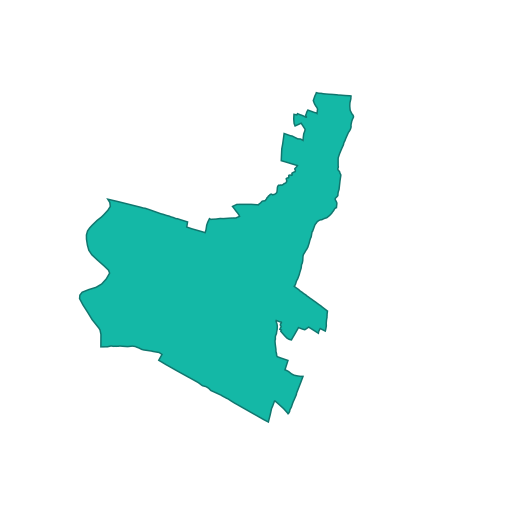 outline of Almaj, Dolj, Romania, rotated 49°
{"feature_id": "2599482B54924202091715", "entity_name": "Almaj", "entity_type": "district", "adm_level": 2, "iso_a3": "ROU", "parent_name": "Romania", "parent_adm1": "Dolj", "projection": "natural_earth1", "projection_center": [23.708, 44.445], "detail": "fine", "context": "isolated", "style": "filled", "palette": "teal", "viewbox_px": 512, "rotation_deg": 49, "n_neighbors": 0, "source": "geoboundaries", "source_scale": "gbopen_adm2", "svg_char_len": 6126}
<svg xmlns="http://www.w3.org/2000/svg" viewBox="0 0 512 512"><g transform="rotate(49 256 256)"><path d="M396.1,335.3L396.1,334.6L395.6,333.1L395.3,332.5L394.3,331.3L393.2,328.4L391.3,325.2L390.3,323.3L389.5,321.5L387.1,316.5L386.2,315.5L380.9,305.4L377.7,299.5L375.9,301.5L373.8,303.3L370.9,305.5L368.0,306.6L364.6,307.2L362.0,308.2L360.9,308.8L355.8,300.4L348.7,304.5L345.9,306.0L344.7,305.7L343.9,305.1L343.2,304.6L341.0,303.5L339.5,302.2L334.7,299.0L332.7,297.5L331.8,296.5L331.5,295.9L330.3,295.0L329.3,294.0L328.5,292.6L328.1,291.6L326.8,290.2L325.1,288.0L323.9,286.9L322.9,285.9L320.9,284.7L320.2,284.5L319.3,284.0L318.3,283.6L317.9,283.0L321.0,281.4L322.5,280.3L322.8,280.4L323.1,280.6L323.2,281.4L323.6,282.4L324.1,282.9L325.5,283.2L325.9,283.5L326.5,285.0L327.0,286.1L328.5,285.4L329.1,286.7L335.0,286.7L338.3,286.5L340.6,285.7L341.7,285.0L342.6,284.3L342.2,283.4L340.6,278.6L338.3,272.0L337.9,270.9L341.6,268.9L343.6,267.6L343.8,266.9L344.2,262.9L355.2,259.6L354.7,259.0L354.0,258.0L353.5,256.9L352.9,255.1L358.1,253.0L357.6,252.2L355.8,249.9L354.9,248.8L352.7,247.0L350.4,244.6L348.8,242.6L348.3,242.2L347.2,241.1L346.5,240.5L345.2,239.0L344.7,238.6L344.5,238.2L337.5,239.6L336.0,239.8L334.0,240.4L330.1,241.2L326.9,242.0L325.5,242.3L323.3,242.9L320.9,243.4L320.1,243.7L318.1,243.9L315.9,244.6L313.6,245.0L311.2,245.7L309.4,245.8L305.5,246.8L303.9,247.0L303.9,246.6L303.5,245.4L303.2,244.7L301.8,242.5L301.2,241.4L300.6,239.6L298.5,235.7L297.3,234.0L294.7,229.8L293.6,228.6L292.4,227.3L291.9,226.1L291.3,225.2L290.2,223.8L287.5,221.2L286.7,220.3L286.3,219.7L285.9,218.9L285.1,216.3L284.5,214.8L284.3,213.6L283.6,211.8L283.4,211.2L281.0,207.2L279.7,205.4L278.9,204.1L278.0,202.5L277.9,202.0L274.9,198.3L274.7,198.0L274.5,197.6L274.5,197.1L271.2,191.2L270.9,190.2L270.7,189.0L270.3,187.4L270.4,186.2L270.4,185.5L270.9,183.9L271.2,183.2L271.8,182.6L271.9,182.1L272.3,180.5L272.8,179.1L273.2,178.3L273.5,177.6L273.6,177.1L273.6,176.5L273.7,173.8L273.4,170.8L273.0,169.6L272.9,168.8L272.6,167.3L272.2,166.6L272.0,165.8L271.9,164.0L272.3,163.6L269.5,160.6L268.8,160.1L267.9,159.8L265.4,159.2L264.8,158.8L264.5,158.2L264.3,155.3L264.1,154.6L262.4,152.9L261.6,151.9L260.2,149.6L254.3,143.2L250.9,139.2L250.3,138.7L248.9,138.4L247.9,138.0L247.4,137.7L246.9,137.6L245.5,137.6L244.5,137.5L243.9,137.1L243.5,136.7L243.4,136.2L243.1,135.8L242.5,135.2L241.9,134.9L241.1,134.2L236.7,130.4L235.8,129.5L235.5,129.0L233.5,125.6L231.0,120.5L229.6,117.4L229.2,116.7L228.7,116.2L227.7,114.4L227.5,113.6L227.2,113.0L226.2,111.2L223.8,106.1L223.3,104.9L223.1,103.9L222.6,102.4L222.1,101.3L221.5,100.3L220.9,99.5L219.7,98.6L218.9,97.7L216.9,95.0L215.7,92.7L215.4,91.7L214.9,91.2L214.6,90.8L213.7,90.5L212.6,90.3L211.9,90.4L211.0,90.2L208.0,89.4L207.3,89.0L205.9,88.0L204.4,86.9L203.0,85.6L201.9,84.5L199.9,81.7L199.4,81.1L198.6,80.4L197.6,79.3L197.0,79.7L193.5,83.3L189.7,87.0L188.6,88.2L187.5,89.1L184.2,92.3L181.5,95.1L178.0,98.5L176.9,99.4L176.2,99.9L174.2,102.0L172.3,103.3L172.9,104.3L173.9,106.7L176.3,110.8L179.5,112.0L182.0,112.5L183.6,112.6L184.9,112.9L185.6,113.2L186.2,114.0L187.4,115.2L187.8,115.9L188.4,116.5L187.3,116.8L186.3,117.6L179.9,121.1L180.7,123.3L181.9,125.1L182.3,126.2L182.9,126.4L183.8,126.5L184.3,126.9L184.2,127.2L181.1,128.5L179.3,129.4L178.6,129.9L175.8,131.3L176.3,132.6L174.0,134.4L177.3,137.6L181.0,140.3L183.5,141.2L185.4,134.8L192.6,135.8L193.7,137.2L195.1,139.8L197.1,142.1L199.6,144.7L197.0,145.6L194.9,147.7L189.2,150.0L187.7,151.2L182.0,154.4L188.9,162.3L192.0,166.2L200.6,174.4L214.9,165.4L215.3,166.6L215.6,169.5L215.8,169.7L217.0,169.9L217.4,170.4L217.7,170.6L217.9,170.8L218.0,171.2L217.5,172.4L217.3,173.4L217.1,174.2L217.1,174.4L217.3,174.8L218.4,175.4L218.5,175.5L218.6,175.9L218.5,176.2L217.9,176.5L217.5,176.9L217.0,177.5L216.7,178.2L216.9,178.7L217.8,179.3L218.2,179.9L218.3,180.1L217.6,181.3L217.5,181.8L217.5,182.5L218.8,183.2L219.4,183.4L219.7,183.7L219.9,184.0L220.1,184.4L220.1,184.8L220.3,185.1L220.4,185.7L220.2,186.4L220.0,186.9L219.8,187.1L219.8,187.7L219.9,188.0L219.8,188.4L219.8,188.9L219.6,189.5L219.5,189.8L219.4,190.1L219.1,190.5L218.7,190.6L218.4,191.4L217.4,192.5L217.5,192.9L217.6,193.7L218.1,194.6L218.7,195.3L219.8,196.4L221.2,197.9L221.7,198.7L221.8,199.1L221.9,199.5L221.7,201.5L221.2,202.3L221.0,202.9L220.8,203.3L219.8,203.6L219.3,203.9L219.0,204.5L218.9,205.1L219.1,206.3L218.9,207.1L219.1,207.9L219.3,208.3L219.3,209.1L219.3,209.6L219.8,210.5L220.1,212.1L220.2,213.0L219.0,214.8L218.7,215.6L219.0,218.1L218.8,219.0L218.8,220.0L219.0,220.6L213.9,225.7L205.0,236.0L204.5,236.6L203.2,241.2L206.9,241.4L208.4,241.6L211.9,241.7L214.0,242.0L215.3,242.4L214.4,245.2L214.2,246.1L213.7,246.8L212.8,247.8L210.2,251.0L206.3,256.2L204.2,258.4L201.8,262.1L199.5,265.0L198.7,266.1L197.3,266.6L198.8,270.2L200.4,273.0L203.4,276.5L205.0,279.1L201.9,281.0L193.5,286.5L188.7,289.3L185.4,285.3L183.6,286.4L178.9,289.3L176.2,290.9L175.3,291.9L172.8,293.1L170.7,294.5L169.0,295.3L166.9,296.8L163.5,298.8L161.7,300.1L151.2,306.0L147.3,308.3L145.9,309.6L143.8,310.9L134.2,317.6L124.2,324.6L115.9,330.6L119.7,331.2L123.0,333.4L124.3,337.7L125.0,343.8L125.2,347.1L124.9,352.4L125.3,359.6L125.7,363.2L126.6,366.7L128.9,370.2L132.1,372.9L137.2,376.1L142.0,378.4L147.3,379.1L155.1,378.3L164.1,377.1L169.9,376.6L172.9,377.7L175.1,384.1L175.9,390.9L174.7,397.3L171.6,404.3L169.3,411.0L170.0,414.6L172.4,417.1L179.4,418.7L188.3,420.0L196.4,421.4L207.6,421.9L209.6,422.3L213.5,424.5L222.8,432.7L227.1,427.6L228.8,424.4L230.7,422.8L231.6,421.6L232.3,420.9L233.8,419.1L234.2,418.4L234.9,417.5L236.6,415.9L238.4,414.1L240.2,412.3L242.8,408.5L243.7,407.7L245.1,406.5L246.6,405.8L248.8,404.6L251.4,403.6L253.3,402.3L259.2,397.2L260.3,396.5L265.3,392.4L268.6,391.5L270.9,397.8L278.9,395.2L289.9,391.3L313.4,382.7L314.6,382.4L318.0,381.7L318.9,381.4L320.4,380.4L321.8,379.4L324.7,378.5L327.9,378.3L338.2,373.6L339.1,373.4L341.3,372.6L341.9,372.3L343.7,371.7L345.6,370.8L348.3,370.1L352.9,368.7L354.8,368.0L384.6,357.5L389.4,355.6L385.1,349.4L381.3,344.3L380.3,342.1L377.6,337.2L377.8,336.8L380.9,336.3L389.2,335.3L395.3,335.2L396.1,335.3Z" fill="#14b8a6" stroke="#0f766e" stroke-width="1.5"/></g></svg>